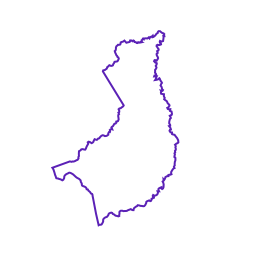 Rochedo, Mato Grosso do Sul, Brazil, rotated 141°
{"feature_id": "56859067B80674621579235", "entity_name": "Rochedo", "entity_type": "district", "adm_level": 2, "iso_a3": "BRA", "parent_name": "Brazil", "parent_adm1": "Mato Grosso do Sul", "projection": "robinson", "projection_center": [-54.738, -19.978], "detail": "fine", "context": "isolated", "style": "outline", "palette": "violet", "viewbox_px": 256, "rotation_deg": 141, "n_neighbors": 0, "source": "geoboundaries", "source_scale": "gbopen_adm2", "svg_char_len": 5708}
<svg xmlns="http://www.w3.org/2000/svg" viewBox="0 0 256 256"><g transform="rotate(141 128 128)"><path d="M124.6,65.1L123.3,64.7L122.9,65.8L122.0,66.7L119.5,67.6L117.9,67.9L117.1,67.6L116.6,69.1L115.1,69.6L114.6,70.5L113.8,71.3L112.8,72.3L111.7,72.9L110.6,74.1L109.9,75.2L110.2,76.3L109.2,77.2L108.2,77.9L107.8,79.1L106.7,79.3L105.9,80.7L104.6,81.0L103.9,81.8L103.3,83.2L102.5,83.6L102.1,84.4L102.0,85.4L100.1,85.4L98.9,85.0L97.8,85.2L97.3,86.1L96.7,86.9L96.5,88.0L96.2,89.0L96.2,89.9L96.2,91.4L96.1,93.4L97.0,94.5L97.6,95.5L96.6,96.8L97.7,97.9L97.5,99.7L96.5,100.2L95.6,99.8L95.1,100.9L94.9,102.0L94.9,103.7L93.7,103.3L93.2,104.1L93.1,105.6L92.2,106.7L91.0,107.7L90.3,108.2L89.5,108.7L88.6,108.7L88.1,109.4L87.9,111.2L86.9,111.1L86.0,110.7L85.0,111.2L84.4,112.3L83.8,113.4L84.6,114.8L83.3,116.0L84.5,116.7L85.1,117.8L84.8,118.9L83.7,118.5L82.9,119.0L81.7,119.2L81.3,120.1L81.4,121.0L81.6,122.2L81.2,123.5L81.0,124.6L81.4,125.8L81.8,127.6L80.5,128.3L80.4,129.2L80.0,130.4L78.8,131.6L79.9,132.8L80.7,133.8L80.1,134.9L79.3,135.4L79.0,136.3L78.5,135.4L77.7,135.2L76.9,135.5L77.1,136.7L76.5,137.8L76.0,139.0L76.0,140.5L74.4,141.4L73.2,141.7L73.0,142.8L72.9,144.6L72.4,145.9L72.3,146.9L73.2,147.0L74.1,146.9L75.5,147.5L76.7,148.2L75.7,148.5L74.5,149.4L73.1,150.1L74.0,150.8L75.2,151.6L74.4,152.1L73.2,151.5L72.5,151.8L72.2,152.6L72.2,154.0L71.2,155.0L70.4,156.1L68.7,156.5L67.7,157.2L67.4,158.8L65.9,159.3L64.9,160.2L65.6,161.7L65.7,163.5L64.6,164.0L63.9,163.4L63.4,162.3L62.5,162.6L61.4,162.9L60.6,163.4L60.1,164.8L60.0,166.0L59.6,167.0L58.9,167.7L58.0,167.5L57.3,168.2L57.0,169.4L55.5,169.2L54.6,169.9L54.6,171.1L54.3,172.4L54.4,173.4L53.7,174.2L52.7,174.1L52.0,173.2L51.1,172.6L49.7,172.2L49.2,173.1L49.5,174.2L49.0,175.1L48.3,175.5L47.8,174.4L46.9,173.8L46.0,173.5L45.4,174.1L44.7,174.7L44.1,175.3L43.2,176.2L42.6,177.3L41.9,176.6L41.4,177.7L40.7,178.2L40.8,179.2L41.6,180.3L42.0,181.9L42.2,183.1L43.3,184.0L44.4,183.8L45.2,183.1L46.3,183.3L47.5,183.1L48.2,182.8L49.0,182.7L49.9,182.9L50.7,182.7L51.7,183.1L50.9,184.2L52.4,184.1L53.4,184.8L54.9,184.1L55.0,185.4L55.8,185.3L56.6,185.4L57.7,186.5L58.6,187.0L59.3,187.6L59.9,187.0L60.4,188.0L61.1,187.6L62.2,187.6L62.7,186.7L63.7,186.9L63.3,186.0L64.5,186.6L65.6,187.3L66.1,188.3L67.1,188.0L67.8,188.7L67.9,189.8L68.8,190.7L68.4,191.9L68.8,192.7L69.9,192.6L70.5,194.2L71.3,194.7L72.1,193.9L72.9,194.0L74.1,194.6L75.6,195.3L75.7,197.0L75.8,198.2L77.1,198.2L77.9,198.4L78.9,198.9L79.8,199.1L80.7,198.2L81.5,197.8L82.8,198.4L83.5,199.0L84.3,198.8L85.6,198.8L86.7,198.2L87.5,197.2L88.2,196.6L88.9,196.1L89.9,196.1L90.3,195.2L90.7,193.9L90.9,192.8L91.3,191.7L91.1,190.8L91.5,189.8L91.1,188.9L91.6,187.6L92.7,187.1L93.7,186.6L94.6,186.6L95.6,187.2L96.8,187.9L97.7,187.4L98.4,187.1L99.3,186.9L100.3,186.2L101.5,186.5L102.4,187.3L102.8,188.4L103.7,188.6L104.6,188.2L105.8,188.4L107.1,187.5L108.6,187.6L109.3,187.6L110.1,187.9L111.0,188.4L111.9,187.8L114.5,168.1L117.1,148.3L118.0,147.9L119.1,147.9L119.9,148.0L121.3,148.0L122.4,148.6L123.5,148.5L124.1,146.6L124.9,145.9L125.8,146.0L126.2,144.4L127.4,144.2L128.2,143.3L129.0,141.9L129.9,140.5L131.5,139.7L133.1,140.4L133.7,139.5L134.9,139.3L135.7,139.8L136.6,139.7L137.5,139.2L138.6,138.9L139.7,139.0L140.5,138.9L140.8,137.7L141.1,136.8L141.7,137.6L142.6,137.9L143.4,137.9L143.9,136.8L144.7,136.2L145.3,136.8L146.2,136.5L147.0,136.0L147.5,135.2L148.8,135.2L150.1,135.6L151.1,136.3L151.5,137.4L152.2,138.3L153.6,138.7L155.4,138.5L156.8,138.1L158.0,138.6L158.8,138.4L159.7,138.4L160.4,139.3L161.0,140.3L162.5,139.7L163.7,139.0L164.8,138.9L165.8,139.1L166.1,140.0L166.5,141.2L167.3,142.2L168.3,142.2L168.7,140.9L169.5,140.5L170.9,140.0L172.4,139.3L173.5,138.6L174.8,138.1L175.6,138.8L176.2,139.7L176.9,140.4L177.9,140.8L178.8,140.5L179.6,140.6L180.7,140.8L181.7,139.7L182.6,138.7L183.3,137.7L183.9,137.0L184.9,136.6L185.6,135.5L187.2,135.0L188.4,135.4L189.8,135.6L191.3,136.1L192.2,136.9L193.1,137.2L194.2,138.6L211.8,144.7L212.0,142.8L212.9,140.4L213.6,138.7L214.1,137.7L214.5,136.3L215.3,134.1L214.7,133.3L214.0,132.6L213.6,131.7L213.0,131.0L212.4,129.9L212.0,128.7L210.9,128.5L209.2,129.2L207.9,130.5L206.9,130.9L206.1,130.9L205.1,131.0L204.3,130.8L203.3,130.5L202.5,130.5L201.7,130.2L200.9,129.2L200.4,128.0L199.9,126.7L199.5,124.2L199.4,123.3L199.2,122.3L199.0,121.5L198.5,120.3L198.0,119.1L197.8,117.1L198.6,115.8L198.7,114.8L198.9,113.9L199.5,113.1L199.9,112.2L199.5,111.1L198.7,109.9L198.2,108.6L198.2,107.6L198.7,106.4L197.9,105.5L198.2,104.3L198.0,103.4L197.8,102.0L198.0,100.4L197.4,99.3L197.7,98.3L198.2,97.6L199.3,95.5L206.2,82.6L206.7,81.7L212.0,70.9L211.0,70.7L210.0,69.9L209.1,69.7L207.0,70.5L206.0,71.1L205.2,72.2L204.4,72.7L202.8,72.9L201.6,72.7L200.4,72.2L199.3,72.4L198.3,72.6L197.5,73.2L196.5,73.5L195.2,73.2L194.2,72.7L193.7,71.9L193.9,70.8L193.2,69.5L192.9,67.8L192.0,66.7L191.1,65.4L190.2,65.1L189.6,65.9L188.6,66.7L187.9,67.7L187.2,68.3L185.8,68.3L184.5,67.3L183.9,66.3L182.7,65.5L182.0,64.9L181.0,64.3L179.6,64.1L177.9,63.5L176.9,63.2L176.6,62.2L176.2,61.4L175.4,60.7L174.6,61.4L173.7,61.9L172.5,61.9L171.4,61.9L170.1,61.6L169.1,61.9L168.1,60.9L167.3,59.6L166.6,59.0L166.1,58.5L165.4,57.6L164.5,57.1L163.0,57.3L162.0,57.8L161.1,58.2L160.4,59.0L159.4,59.1L158.1,58.7L157.1,58.4L156.8,57.2L155.9,56.9L155.0,57.4L154.2,58.2L153.5,57.8L152.6,57.8L151.7,57.5L151.2,58.2L151.9,58.9L151.4,59.8L150.6,60.1L150.1,58.8L149.0,58.2L147.8,57.9L146.4,58.2L145.2,59.1L144.9,60.2L143.7,59.2L143.4,60.5L142.8,61.4L142.0,61.6L140.4,61.3L139.5,61.0L140.2,60.3L139.9,59.1L138.8,59.0L137.6,59.7L136.7,60.7L135.8,61.7L135.1,63.1L134.8,64.6L133.4,64.7L132.6,65.9L132.5,64.9L131.6,65.2L130.6,65.7L129.8,66.3L128.1,66.0L126.9,65.2L126.4,66.0L125.5,65.8L124.6,65.1Z" fill="none" stroke="#5b21b6" stroke-width="2"/></g></svg>